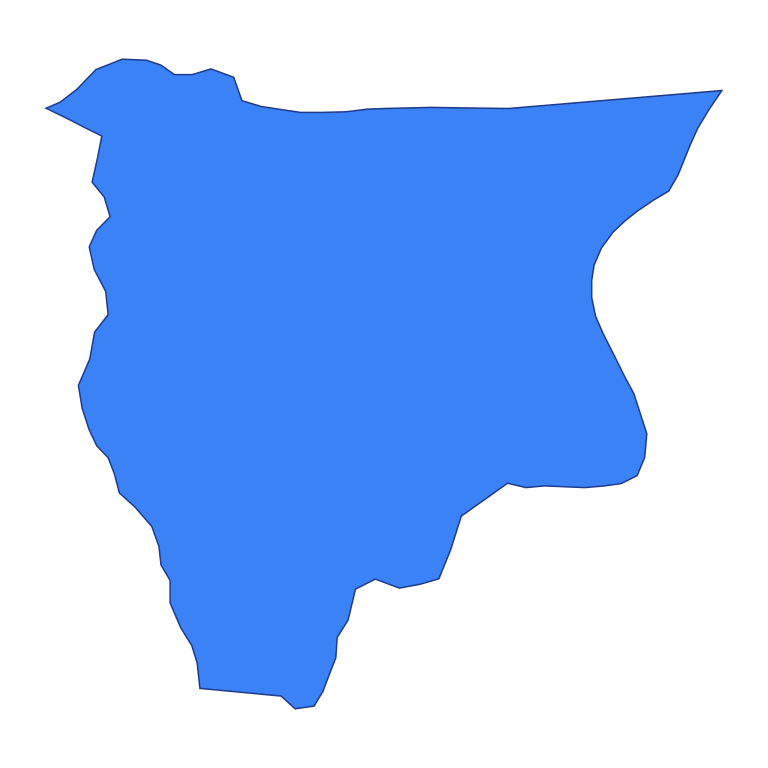 Pescaria Brava, Santa Catarina, Brazil (Albers equal-area conic projection)
{"feature_id": "56859067B22440893254940", "entity_name": "Pescaria Brava", "entity_type": "district", "adm_level": 2, "iso_a3": "BRA", "parent_name": "Brazil", "parent_adm1": "Santa Catarina", "projection": "albers", "projection_center": [-48.887, -28.41], "detail": "fine", "context": "isolated", "style": "filled", "palette": "blue", "viewbox_px": 768, "rotation_deg": 0, "n_neighbors": 0, "source": "geoboundaries", "source_scale": "gbopen_adm2", "svg_char_len": 1269}
<svg xmlns="http://www.w3.org/2000/svg" viewBox="0 0 768 768"><path d="M199.9,688.4L281.2,696.1L295.1,708.8L314.0,706.1L322.8,691.7L329.0,675.3L335.8,657.9L337.2,637.4L348.1,620.0L355.5,589.1L375.3,579.1L399.4,588.1L420.6,584.1L438.9,578.8L450.7,549.6L461.3,516.1L507.6,483.2L525.9,487.6L544.5,485.9L584.6,487.6L603.7,486.0L621.1,483.6L637.1,475.6L644.7,457.5L646.8,433.7L633.9,393.8L625.6,378.4L614.4,355.9L602.9,333.1L595.6,316.3L591.7,297.5L591.7,280.5L594.1,265.0L601.5,247.9L613.0,232.2L624.8,221.1L636.9,211.4L653.1,200.4L668.8,191.0L678.2,174.6L690.3,144.7L697.7,128.3L709.2,109.2L721.9,90.5L508.3,108.5L477.4,108.1L431.0,107.4L388.0,108.4L367.6,109.1L345.8,111.8L322.8,112.4L300.4,112.4L278.2,109.1L260.8,106.4L242.0,100.7L233.7,77.3L211.0,68.9L192.1,74.6L174.4,74.6L161.1,65.2L146.4,60.2L122.2,59.2L95.9,69.6L76.8,89.4L60.2,102.1L46.1,108.2L67.9,118.9L85.3,127.9L101.8,136.0L97.4,158.4L92.1,182.2L104.2,197.0L110.1,216.7L96.6,230.5L89.2,246.9L94.2,269.4L105.7,291.5L108.1,314.6L94.6,332.1L89.8,358.9L78.4,385.4L82.2,408.5L89.0,429.3L96.7,445.7L108.2,457.8L114.4,473.9L119.4,493.0L135.3,507.4L151.8,526.5L158.9,546.3L161.0,565.0L170.1,580.4L170.1,602.9L180.7,627.7L191.9,645.8L197.2,663.2L199.9,688.4Z" fill="#3b82f6" stroke="#1e3a8a" stroke-width="1.5"/></svg>